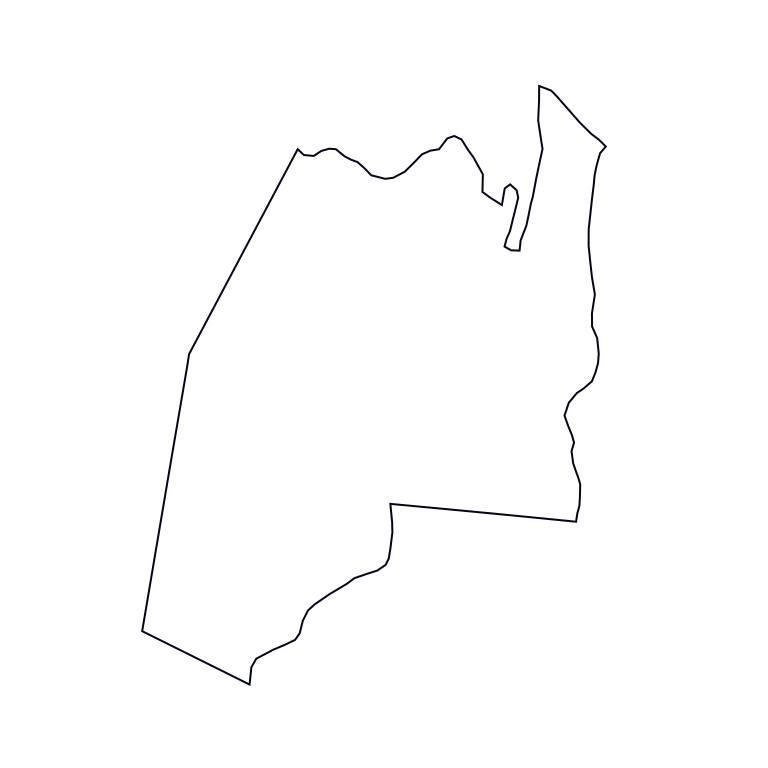 Dom Pedro, Maranhão, Brazil, rotated 187°
{"feature_id": "56859067B19641317147264", "entity_name": "Dom Pedro", "entity_type": "district", "adm_level": 2, "iso_a3": "BRA", "parent_name": "Brazil", "parent_adm1": "Maranhão", "projection": "robinson", "projection_center": [-44.435, -5.022], "detail": "fine", "context": "isolated", "style": "outline", "palette": "ink", "viewbox_px": 768, "rotation_deg": 187, "n_neighbors": 0, "source": "geoboundaries", "source_scale": "gbopen_adm2", "svg_char_len": 1554}
<svg xmlns="http://www.w3.org/2000/svg" viewBox="0 0 768 768"><g transform="rotate(187 384 384)"><path d="M480.8,69.3L481.1,86.8L477.3,95.8L461.5,106.8L449.4,113.8L441.0,119.3L437.3,126.3L435.7,139.2L431.9,149.9L426.0,156.8L412.2,169.0L396.6,181.1L389.7,187.7L376.9,193.9L368.1,197.9L360.4,204.6L358.0,211.3L357.6,221.8L357.6,237.8L359.1,247.9L363.1,265.8L248.1,269.0L176.6,270.7L176.3,279.3L175.2,287.0L175.9,297.2L177.0,308.2L179.8,314.8L183.1,321.2L186.5,328.2L189.7,340.2L188.2,348.9L191.3,356.3L195.5,363.7L201.0,374.6L198.3,387.9L191.5,398.5L185.2,404.0L177.9,412.1L175.5,421.3L174.1,430.5L174.5,440.0L178.0,455.5L184.5,466.5L186.2,479.5L185.6,498.6L190.7,515.7L194.8,533.1L197.7,545.9L199.7,562.6L200.1,593.1L200.1,607.7L200.4,616.7L199.7,626.0L197.7,639.3L192.8,646.7L200.5,652.7L209.1,657.7L221.7,667.5L247.9,690.9L253.8,695.6L266.3,698.7L264.6,683.9L263.1,664.4L258.0,646.0L255.3,636.7L256.7,621.4L258.0,606.1L259.1,588.1L260.2,580.8L261.1,568.6L262.0,558.5L265.9,543.1L265.7,532.9L274.1,532.2L281.1,535.1L280.0,543.1L277.6,551.1L276.5,560.4L274.8,574.1L273.5,585.3L276.0,592.5L283.1,597.5L288.0,592.8L288.8,576.0L301.1,581.8L309.7,586.6L311.4,604.1L322.8,619.8L329.0,626.5L336.9,636.2L344.5,638.7L351.1,635.5L358.0,623.7L366.3,621.3L374.2,616.7L381.5,607.0L389.3,597.2L400.0,589.8L407.7,587.8L422.1,589.6L430.0,596.0L437.3,601.0L444.3,602.7L451.1,605.3L460.4,611.2L467.2,610.8L474.6,607.7L481.5,601.8L491.4,601.5L498.3,606.5L581.1,389.9L581.5,377.4L586.6,269.8L593.9,109.2L480.8,69.3Z" fill="none" stroke="#020617" stroke-width="2"/></g></svg>